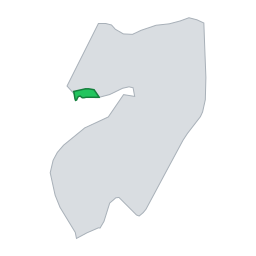 Djibouti highlighted on a map of Djibouti, rotated 181°
{"feature_id": "DJI-1567", "entity_name": "Djibouti", "entity_type": "City", "adm_level": 1, "iso_a3": "DJI", "parent_name": "Djibouti", "parent_adm1": "", "projection": "equal_earth", "projection_center": [43.069, 11.565], "detail": "fine", "context": "in_parent", "style": "filled", "palette": "green", "viewbox_px": 256, "rotation_deg": 181, "n_neighbors": 0, "source": "natural_earth", "source_scale": "10m", "svg_char_len": 1088}
<svg xmlns="http://www.w3.org/2000/svg" viewBox="0 0 256 256"><g transform="rotate(181 128 128)"><path d="M189.7,168.9L181.6,185.8L171.2,207.4L159.4,232.0L152.1,232.1L146.3,230.7L142.4,226.5L134.3,222.0L125.2,221.7L116.6,225.9L101.8,231.2L88.5,232.9L77.8,235.9L69.0,239.3L61.0,237.4L54.0,234.3L52.6,208.2L51.0,179.8L51.2,157.6L53.7,145.4L55.8,140.6L68.4,123.7L72.7,116.9L87.1,89.0L99.4,65.0L108.6,47.1L111.4,43.6L115.3,40.2L118.0,41.2L135.8,58.4L139.0,58.0L145.0,52.6L150.4,34.2L154.2,27.5L155.8,27.7L167.2,22.5L177.6,16.7L178.9,22.7L194.6,47.5L199.7,59.6L205.0,81.9L202.3,94.4L198.2,102.4L192.1,109.7L171.2,127.4L147.9,138.7L133.0,161.3L121.9,159.7L123.6,168.3L127.7,169.2L134.2,167.6L147.0,161.1L158.4,157.9L170.7,157.7L181.8,160.5L189.7,168.9Z" fill="#d9dde1" stroke="#a8b0b8" stroke-width="1"/><path d="M157.4,158.2L170.5,158.0L172.5,157.5L174.3,157.5L176.4,159.1L178.2,158.6L179.2,156.8L179.9,155.1L180.9,154.7L181.5,156.1L182.8,163.4L182.9,163.6L182.5,163.7L171.4,166.4L168.0,166.5L162.6,165.7L157.5,158.5L157.4,158.2Z" fill="#22c55e" stroke="#15803d" stroke-width="1.5"/></g></svg>